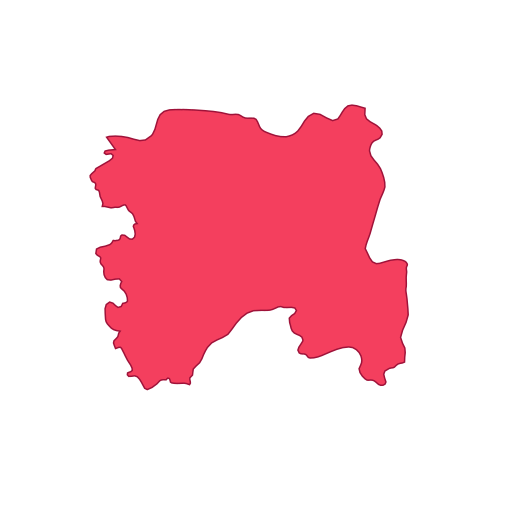 outline of Guanajuato, rotated 65°
{"feature_id": "MEX-2728", "entity_name": "Guanajuato", "entity_type": "State", "adm_level": 1, "iso_a3": "MEX", "parent_name": "Mexico", "parent_adm1": "", "projection": "natural_earth1", "projection_center": [-100.934, 20.889], "detail": "fine", "context": "isolated", "style": "filled", "palette": "rose", "viewbox_px": 512, "rotation_deg": 65, "n_neighbors": 0, "source": "natural_earth", "source_scale": "10m", "svg_char_len": 5721}
<svg xmlns="http://www.w3.org/2000/svg" viewBox="0 0 512 512"><g transform="rotate(65 256 256)"><path d="M414.9,166.2L414.8,168.5L414.2,170.7L413.9,172.8L414.3,175.0L415.2,177.5L415.2,179.0L414.7,180.4L414.2,182.6L414.7,187.8L417.1,190.2L420.9,191.0L425.1,191.5L426.6,193.1L426.8,195.4L425.9,197.6L424.2,199.2L422.4,200.0L420.6,200.8L419.0,201.7L417.7,203.0L416.7,204.8L416.2,206.3L415.4,207.8L413.4,209.1L409.8,210.4L405.6,211.0L401.7,210.2L399.1,207.2L397.3,205.4L395.3,204.2L393.1,203.5L390.8,203.1L387.1,203.3L383.3,204.6L379.9,207.0L377.6,210.4L375.7,216.1L374.7,222.2L374.3,228.5L374.1,234.6L374.0,238.5L373.6,242.6L372.7,246.6L371.3,250.1L370.1,251.4L368.8,251.8L367.5,252.0L366.2,252.6L365.1,253.8L364.3,255.4L363.4,256.8L362.1,257.8L359.0,257.8L356.8,255.7L355.0,252.8L353.2,250.0L352.9,249.6L352.5,249.3L352.1,249.1L351.6,248.9L348.9,248.7L346.5,250.0L344.2,252.1L341.9,253.9L339.2,254.8L336.3,254.7L333.4,254.1L330.5,253.6L326.4,252.1L325.1,249.0L324.5,245.3L322.5,242.4L319.5,242.8L317.5,245.6L315.9,249.4L314.4,252.5L312.3,254.9L311.5,257.4L311.5,260.2L311.4,263.5L310.9,266.3L309.9,269.0L308.7,271.6L307.5,274.1L304.5,281.4L304.0,288.3L305.5,295.2L308.5,302.2L310.2,305.3L311.9,308.3L313.5,311.4L315.1,314.6L315.7,320.8L315.6,326.9L316.0,332.9L318.3,338.6L318.8,339.4L319.4,340.2L319.9,341.0L320.4,341.7L323.2,345.2L326.3,348.5L328.9,352.2L330.3,356.6L331.9,360.6L334.5,362.3L337.1,363.9L338.5,367.5L340.2,368.3L341.9,368.6L343.5,369.2L344.5,370.6L342.2,373.0L340.9,374.9L340.0,377.0L338.8,379.9L338.1,381.5L336.8,383.9L335.4,386.0L334.1,386.8L333.3,386.6L332.1,386.4L330.9,386.3L330.1,386.6L329.4,387.6L329.6,388.5L330.0,389.2L330.2,389.7L329.7,390.8L328.9,392.4L328.4,394.1L328.4,395.9L330.0,399.9L331.2,405.8L331.1,411.0L328.8,412.8L325.4,413.0L321.9,413.2L318.5,413.6L315.3,414.6L313.3,416.6L312.4,419.6L311.3,422.2L309.3,422.8L307.7,421.8L307.7,420.2L307.9,418.4L307.4,416.5L305.2,415.7L301.8,415.7L298.3,416.2L295.9,416.5L293.4,416.6L290.9,416.7L288.4,416.7L285.9,416.8L283.0,416.9L281.5,417.4L280.8,419.0L280.5,422.4L277.1,422.2L274.6,421.9L272.8,420.5L271.6,417.2L270.7,415.3L269.4,414.2L267.9,413.0L266.7,410.9L264.6,414.0L262.6,416.1L260.3,417.6L257.0,418.7L254.6,419.4L252.2,419.6L249.8,419.1L247.5,418.2L244.0,416.8L239.9,415.0L236.7,412.2L235.9,408.1L238.3,405.6L241.6,404.3L244.3,402.8L244.8,399.5L244.2,398.8L243.7,398.1L243.1,397.4L242.6,396.8L243.0,395.3L243.2,393.9L243.1,392.6L242.5,391.5L239.4,390.3L235.9,389.8L232.3,390.2L229.3,391.5L227.3,392.2L225.5,391.6L223.8,390.2L222.4,388.5L219.0,389.5L217.5,393.3L216.5,397.7L214.6,400.8L211.9,401.7L208.8,401.6L205.8,400.6L203.3,399.1L201.4,398.8L199.7,399.2L197.9,399.8L196.0,399.8L194.8,399.4L193.7,398.6L192.6,397.8L191.8,397.5L190.4,397.9L189.1,398.9L187.7,399.7L186.1,400.1L182.3,397.6L182.2,393.4L183.4,388.4L183.9,383.7L183.7,382.7L183.3,381.6L182.8,380.5L182.2,379.8L181.6,378.9L181.8,378.3L182.4,377.7L182.7,377.0L182.9,375.9L183.3,375.0L183.5,374.1L183.4,372.8L182.6,371.6L181.6,370.9L180.7,370.2L180.3,368.6L181.8,366.2L184.5,364.8L187.1,363.4L188.5,361.0L187.6,358.1L185.1,356.2L181.9,355.2L179.2,354.8L177.4,354.7L176.3,353.8L175.8,352.2L176.4,350.0L173.7,350.6L168.6,349.9L165.7,350.0L164.4,350.5L161.5,352.0L160.2,352.3L155.5,352.5L154.4,352.9L153.9,354.2L153.8,355.9L153.9,357.7L153.9,359.2L153.4,360.9L152.2,363.1L151.9,364.5L151.1,367.0L147.2,372.1L146.1,374.4L143.8,372.6L141.2,372.1L136.2,372.1L132.2,371.0L130.9,370.8L129.6,371.2L128.2,372.8L126.9,373.1L126.2,372.8L123.9,371.2L122.6,370.8L121.2,371.2L119.5,372.8L118.1,373.1L114.7,373.0L113.0,372.3L112.0,370.2L110.8,366.2L110.3,365.4L109.6,364.9L109.1,364.0L107.7,348.5L106.7,344.7L104.5,343.0L102.0,344.1L100.6,348.9L98.5,350.0L97.1,348.4L97.8,344.8L100.1,338.4L85.2,341.2L85.6,338.5L87.9,332.8L90.8,327.4L94.5,322.0L98.6,317.3L102.3,312.6L104.1,307.2L102.8,300.2L102.6,299.7L102.4,299.2L102.1,298.7L101.9,298.2L98.5,294.1L94.6,290.7L90.7,287.3L87.4,283.1L86.1,278.1L87.0,272.7L89.1,267.5L91.3,262.7L91.8,261.8L92.2,260.8L92.6,259.8L93.1,258.9L94.5,256.1L96.0,253.3L97.4,250.5L98.9,247.8L102.9,240.6L107.0,233.6L111.4,226.9L116.3,220.6L117.1,219.2L117.8,217.7L118.4,216.1L119.0,214.5L120.4,212.1L122.3,210.6L124.5,209.2L126.4,207.4L127.5,205.5L128.4,203.5L129.3,201.6L130.3,199.6L132.2,198.2L135.0,197.9L137.9,198.0L140.2,198.1L142.3,197.9L144.3,197.2L146.2,196.1L147.9,194.7L151.7,191.1L155.2,187.4L158.2,183.2L160.7,178.3L161.3,175.1L161.6,171.8L161.3,168.5L160.4,165.3L157.6,160.1L154.2,155.0L151.6,149.6L151.1,143.4L154.7,138.1L160.7,133.7L165.7,129.3L166.4,123.9L164.3,120.3L162.0,116.9L159.9,113.3L158.8,109.2L159.8,105.3L162.4,101.3L165.6,97.7L168.2,94.7L173.9,97.7L178.4,97.9L182.6,95.8L187.8,92.1L188.1,91.9L188.4,91.7L188.8,91.5L189.1,91.3L192.5,89.8L195.9,89.2L199.0,90.3L201.3,93.6L201.7,96.0L201.6,98.5L201.7,100.9L202.6,103.2L203.8,104.8L205.4,106.4L207.0,107.7L208.7,108.7L213.7,109.5L218.9,108.5L224.3,107.0L229.4,106.3L233.9,106.5L238.8,107.1L243.6,108.2L247.9,110.0L250.3,112.1L252.6,114.5L254.8,117.0L257.0,119.5L263.6,125.5L270.3,131.3L277.0,137.2L283.7,143.0L286.6,145.8L289.5,148.8L292.5,151.6L295.5,153.9L300.3,153.8L305.7,153.8L310.5,153.0L313.8,150.2L314.9,147.1L315.5,143.2L316.1,139.3L316.7,135.9L317.4,133.7L318.1,131.5L318.9,129.3L320.0,127.4L321.0,125.9L322.4,124.4L323.8,123.2L325.3,122.5L327.4,122.3L328.5,123.0L329.3,124.0L330.3,124.8L332.0,125.5L333.4,125.9L334.7,126.5L336.5,127.6L339.0,129.0L341.7,130.2L344.5,131.4L347.1,132.7L348.7,133.8L350.4,134.7L352.1,135.3L353.9,135.8L358.7,137.3L363.4,139.0L368.1,140.7L372.8,142.6L373.1,142.7L373.5,142.9L373.8,143.1L374.1,143.3L379.5,148.0L385.1,154.4L390.9,159.4L397.1,160.1L402.3,160.0L406.6,161.6L410.6,164.0L414.9,166.2Z" fill="#f43f5e" stroke="#9f1239" stroke-width="1.5"/></g></svg>